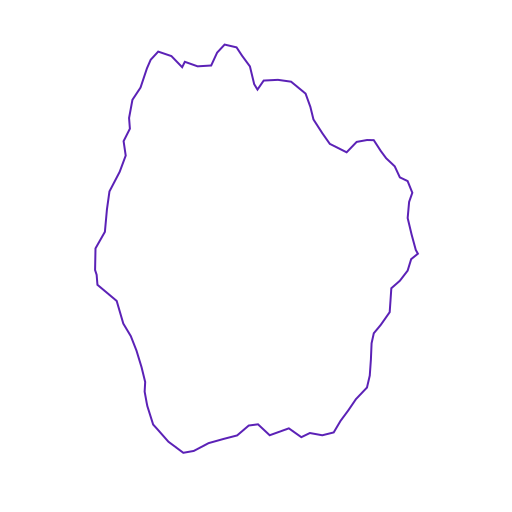 Asgata, Limassol, Cyprus (Natural Earth projection), rotated 188°
{"feature_id": "46923920B23030573585973", "entity_name": "Asgata", "entity_type": "district", "adm_level": 2, "iso_a3": "CYP", "parent_name": "Cyprus", "parent_adm1": "Limassol", "projection": "natural_earth1", "projection_center": [33.25, 34.775], "detail": "fine", "context": "isolated", "style": "outline", "palette": "violet", "viewbox_px": 512, "rotation_deg": 188, "n_neighbors": 0, "source": "geoboundaries", "source_scale": "gbopen_adm2", "svg_char_len": 1285}
<svg xmlns="http://www.w3.org/2000/svg" viewBox="0 0 512 512"><g transform="rotate(188 256 256)"><path d="M96.0,280.8L98.6,284.2L104.9,298.9L111.1,314.7L111.9,330.9L110.0,340.4L116.3,351.3L124.5,353.9L131.1,364.1L140.7,370.9L147.0,377.3L152.2,383.3L155.5,387.1L162.2,386.3L172.2,383.0L180.7,371.3L198.5,377.3L207.3,386.7L218.1,399.2L222.9,411.2L229.5,423.7L245.5,433.5L258.8,433.5L272.8,430.8L277.7,421.0L281.7,425.9L288.4,442.9L297.6,452.3L304.3,459.9L316.5,461.0L322.8,452.0L326.9,438.4L340.2,435.7L353.5,438.4L355.4,432.7L367.6,442.2L381.3,444.8L382.8,442.6L387.6,435.7L390.1,426.7L393.8,406.7L400.1,393.5L400.9,375.0L398.6,364.5L403.1,351.3L399.0,337.3L402.7,320.4L410.1,299.6L410.1,281.5L409.0,258.9L416.0,241.2L413.4,219.7L411.2,215.2L409.0,205.4L387.7,192.1L378.0,170.6L368.8,159.2L361.2,145.7L353.8,129.8L348.2,115.8L347.4,106.2L343.9,95.6L342.7,92.2L334.4,74.8L329.6,70.8L316.9,59.9L300.6,51.0L290.5,54.3L276.9,64.1L262.5,70.4L249.7,75.7L239.6,87.1L230.6,89.6L217.5,80.4L199.5,89.9L185.9,82.9L178.0,88.2L165.4,87.7L154.5,92.1L149.3,104.6L143.1,116.0L137.1,128.2L127.8,141.2L126.7,153.4L127.8,169.3L129.4,185.7L128.6,195.9L122.9,205.1L115.8,219.0L116.6,230.4L117.5,242.9L110.1,251.5L103.8,262.6L101.9,274.5L96.0,280.8Z" fill="none" stroke="#5b21b6" stroke-width="2"/></g></svg>